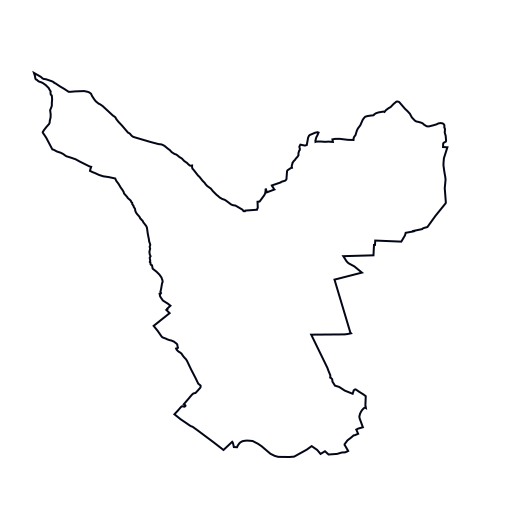 the district of Orastie, Hunedoara, Romania, rotated 174°
{"feature_id": "2599482B74891814729027", "entity_name": "Orastie", "entity_type": "district", "adm_level": 2, "iso_a3": "ROU", "parent_name": "Romania", "parent_adm1": "Hunedoara", "projection": "equal_earth", "projection_center": [23.219, 45.843], "detail": "fine", "context": "isolated", "style": "outline", "palette": "ink", "viewbox_px": 512, "rotation_deg": 174, "n_neighbors": 0, "source": "geoboundaries", "source_scale": "gbopen_adm2", "svg_char_len": 6033}
<svg xmlns="http://www.w3.org/2000/svg" viewBox="0 0 512 512"><g transform="rotate(174 256 256)"><path d="M99.5,394.9L100.3,394.8L103.3,392.8L106.5,390.1L108.8,389.1L111.5,387.5L113.2,385.8L114.0,386.3L119.0,386.0L121.5,385.5L123.5,384.6L124.2,383.8L125.0,383.6L126.7,383.7L130.6,383.5L132.8,383.1L134.0,382.1L135.3,380.7L135.8,380.0L138.6,375.1L141.4,372.1L142.6,370.1L144.5,365.7L145.8,364.4L146.3,363.6L146.7,362.5L146.9,361.2L152.3,361.9L160.7,363.8L165.0,364.2L167.8,364.0L167.6,361.4L172.1,362.2L175.3,362.3L179.8,363.1L184.2,363.5L184.9,363.3L184.9,364.3L183.7,367.6L182.5,369.3L180.9,372.2L181.9,372.7L184.4,372.4L189.9,370.7L190.7,370.1L191.8,368.3L193.9,361.1L195.8,360.7L200.2,362.1L200.8,361.3L201.5,360.0L201.2,358.3L201.3,357.0L202.1,356.1L203.1,353.7L203.2,351.8L204.4,350.3L206.2,348.7L207.1,347.6L208.4,346.6L210.0,344.8L210.1,344.1L210.8,342.6L211.1,341.5L211.0,340.0L211.7,340.0L212.6,339.6L215.6,338.0L216.1,337.4L216.3,336.9L217.7,329.2L218.5,328.3L219.1,327.9L223.1,327.1L223.7,326.6L232.9,324.5L232.5,323.4L232.0,322.8L231.1,320.6L230.8,320.2L238.4,318.2L239.2,321.3L239.5,321.2L239.6,320.0L240.4,317.2L241.5,315.5L246.7,309.8L248.8,309.8L249.2,303.7L249.7,303.1L250.2,301.9L261.9,302.3L262.3,301.7L263.7,301.9L264.5,303.3L264.9,303.7L271.0,308.2L274.0,309.1L275.4,309.9L279.8,314.0L281.3,315.2L283.7,316.3L286.0,318.0L287.7,319.9L288.7,320.8L292.1,325.0L293.8,327.7L297.3,330.8L298.8,332.9L299.4,334.1L301.2,336.3L304.0,340.7L305.2,342.0L309.0,348.1L310.1,349.6L310.3,351.0L310.1,352.7L311.5,352.6L312.4,352.9L314.1,354.7L314.7,355.6L317.5,358.0L319.3,360.4L320.0,361.1L321.8,362.4L323.9,364.6L324.8,365.3L326.4,366.0L329.1,368.2L330.6,370.3L332.8,372.3L335.3,374.9L337.1,376.2L338.6,376.9L341.3,377.5L349.2,380.5L364.7,386.9L365.9,387.5L367.2,388.7L368.5,390.7L369.3,391.4L370.4,392.1L375.7,399.8L378.9,404.0L380.1,405.9L380.9,407.3L381.2,408.3L381.8,409.1L383.7,410.7L392.7,421.0L395.1,423.1L396.5,423.9L399.1,426.5L400.4,428.5L402.3,432.2L403.1,434.6L404.6,436.0L406.0,436.8L409.7,438.0L418.5,438.6L423.6,438.7L425.2,438.9L429.2,442.2L433.4,445.3L437.1,448.4L438.8,449.5L439.1,450.1L440.7,451.1L446.3,453.7L448.7,454.3L449.7,454.9L451.2,456.6L457.7,461.3L457.0,458.0L457.0,456.8L456.8,455.3L456.5,454.7L455.5,454.1L454.7,453.1L453.5,452.1L451.6,451.3L449.8,450.2L447.2,447.9L445.0,445.2L444.5,444.5L444.0,443.1L443.1,441.3L443.0,441.0L443.3,440.1L443.3,438.8L443.2,437.9L442.4,437.1L442.3,436.5L442.4,432.9L443.0,429.9L443.3,427.1L443.8,425.7L445.5,422.5L445.4,418.2L445.8,415.3L446.9,412.2L447.3,410.2L448.0,408.9L451.0,406.2L453.5,403.6L455.1,401.6L455.2,401.1L452.3,395.6L447.4,383.3L446.0,382.8L443.5,381.0L442.2,380.3L439.6,379.2L437.1,377.6L434.8,375.5L433.9,374.9L430.1,373.3L425.2,371.0L421.5,368.4L412.4,362.6L410.6,361.9L411.8,359.3L412.2,358.0L409.1,356.1L407.6,355.4L403.6,353.0L399.5,351.2L394.3,349.9L387.9,347.8L387.2,345.5L385.1,342.0L383.4,338.2L382.2,336.2L381.0,333.7L380.7,332.0L377.9,328.1L377.5,327.1L374.8,324.2L374.4,322.7L373.6,321.9L373.6,320.4L373.3,320.1L372.9,319.0L372.5,318.6L372.4,317.4L371.7,316.2L371.4,315.5L371.3,313.5L370.9,312.1L370.1,310.4L368.7,308.5L367.6,306.8L367.2,305.4L366.6,304.9L366.0,303.8L365.2,303.1L364.6,301.4L362.0,297.2L361.5,295.5L361.3,289.4L360.8,284.0L360.7,281.5L360.0,278.5L360.2,277.5L360.7,276.6L360.8,276.1L360.5,274.4L361.6,271.3L361.5,268.6L361.0,267.3L360.9,266.7L361.8,265.6L361.9,265.0L361.7,263.1L361.7,262.4L362.2,261.4L362.2,261.0L361.7,260.7L361.7,258.7L361.5,258.3L360.4,257.6L360.1,254.3L359.7,253.8L356.6,250.8L354.0,247.6L352.3,244.6L351.6,241.7L351.5,240.6L351.7,239.6L352.2,238.9L353.9,232.9L354.9,230.1L354.3,229.1L355.1,228.2L355.8,228.3L355.6,226.1L355.2,225.0L353.2,221.4L348.5,217.7L346.3,215.5L349.8,212.9L349.6,212.4L350.8,211.7L347.9,208.2L365.1,197.2L361.6,191.8L358.2,185.6L357.4,184.8L353.6,182.9L353.2,182.5L350.8,181.4L348.8,180.7L347.7,180.0L346.9,179.7L344.0,177.0L343.6,176.2L343.4,173.8L343.2,172.9L344.0,172.4L345.1,172.3L344.8,171.3L343.9,170.0L343.0,169.0L341.5,167.9L340.3,166.7L339.0,164.2L337.8,162.4L336.4,160.6L335.5,158.7L332.5,150.2L328.8,140.7L326.8,135.1L324.8,133.1L324.6,132.5L324.8,131.6L325.2,130.8L328.6,127.7L330.5,126.1L332.3,125.9L333.1,125.6L334.6,124.4L343.3,116.1L342.2,115.3L341.8,114.7L341.8,114.3L342.6,113.7L343.0,113.6L345.1,114.3L345.6,114.2L346.6,113.5L350.0,110.3L353.7,107.1L348.0,101.5L338.8,93.7L336.9,92.8L332.2,88.6L317.8,75.3L308.6,66.5L299.1,73.7L298.7,73.1L298.3,71.3L298.0,68.3L294.8,67.8L294.2,69.0L292.5,71.1L291.3,72.1L289.9,72.8L288.5,73.3L286.4,73.4L284.4,73.4L280.8,72.8L278.6,72.3L273.6,69.0L270.3,66.2L262.3,57.8L258.2,55.2L254.8,53.9L243.8,52.6L239.0,52.5L225.8,58.1L220.5,61.1L215.4,56.7L212.5,52.4L207.8,54.6L204.6,51.0L196.0,50.7L191.2,51.6L187.9,51.4L185.6,52.1L184.7,52.5L187.6,58.9L187.6,59.5L184.3,63.1L180.2,65.6L177.7,67.4L176.6,67.4L173.0,68.5L174.4,72.9L172.3,73.7L167.6,74.5L169.9,83.6L170.0,85.6L169.0,88.3L167.8,90.2L166.4,91.9L164.4,93.5L163.5,93.9L162.6,93.3L162.8,96.2L161.5,105.1L163.4,106.9L168.0,110.5L170.4,112.6L171.3,113.0L172.8,112.2L174.3,108.9L181.7,112.8L187.0,117.1L191.0,118.8L193.1,123.1L193.1,125.4L193.9,126.6L194.9,127.3L194.7,127.6L194.6,129.7L195.9,134.1L196.7,137.3L209.3,172.0L176.4,168.8L173.5,168.8L169.6,169.2L170.2,170.1L180.4,224.3L152.4,228.4L159.3,235.4L164.3,238.8L165.3,239.7L166.5,241.3L169.2,246.7L139.1,244.4L137.5,254.7L136.5,254.6L135.8,258.9L110.0,255.1L105.7,260.9L104.7,263.4L97.0,264.0L96.5,264.1L96.7,264.5L87.9,265.4L87.4,265.9L86.1,266.3L82.5,266.9L73.3,277.2L61.9,288.6L61.6,289.4L61.2,303.7L59.5,312.1L59.5,314.6L59.9,320.4L60.1,326.7L59.7,329.4L58.9,333.6L54.3,344.1L58.6,344.8L58.1,348.2L57.6,348.9L55.2,350.0L54.9,350.9L54.8,355.7L55.4,359.0L54.8,362.3L54.9,363.3L55.3,364.0L55.0,366.0L55.1,366.7L55.7,367.7L56.6,368.4L58.4,368.9L60.8,368.8L62.5,368.1L65.6,367.5L70.5,366.8L71.4,366.9L72.7,367.2L75.1,369.0L76.4,370.5L77.1,370.9L78.6,371.7L82.6,373.1L83.8,374.0L86.5,377.5L88.1,381.4L90.1,384.1L92.5,386.9L97.4,394.0L98.1,394.5L99.5,394.9Z" fill="none" stroke="#020617" stroke-width="2"/></g></svg>